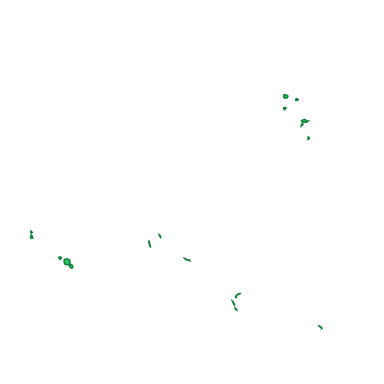 an SVG outline of French Polynesia, rotated 10°
{"feature_id": "PYF", "entity_name": "French Polynesia", "entity_type": "country or territory", "adm_level": 0, "iso_a3": "PYF", "parent_name": "Oceania", "parent_adm1": "", "projection": "robinson", "projection_center": [-142.778, -14.829], "detail": "medium", "context": "isolated", "style": "filled", "palette": "green", "viewbox_px": 384, "rotation_deg": 10, "n_neighbors": 0, "source": "natural_earth", "source_scale": "50m", "svg_char_len": 1921}
<svg xmlns="http://www.w3.org/2000/svg" viewBox="0 0 384 384"><g transform="rotate(10 192 192)"><path d="M84.2,284.0L87.1,285.0L87.6,286.8L87.0,287.9L85.5,287.6L84.8,287.0L83.8,284.9L81.0,285.4L79.1,285.0L78.0,282.3L77.9,281.1L78.4,280.3L80.4,279.5L83.0,280.1L84.0,281.7L84.2,284.0ZM290.3,100.9L293.3,102.1L294.2,101.9L293.3,103.1L290.3,103.8L289.3,104.3L288.1,104.0L287.4,102.6L290.3,100.9ZM269.2,82.9L267.2,83.4L266.3,83.4L265.6,81.5L265.8,80.3L266.1,80.0L269.5,80.4L269.8,81.3L269.7,82.1L269.2,82.9ZM42.3,265.4L41.5,265.4L40.8,265.0L40.9,262.7L41.1,262.2L42.3,263.0L43.2,265.1L42.3,265.4ZM74.3,280.7L73.7,281.3L72.9,280.8L72.5,280.3L72.4,279.6L72.5,278.9L74.4,279.0L74.9,279.3L74.3,280.7ZM279.6,83.6L278.3,83.8L278.1,82.6L278.5,82.0L279.0,81.8L280.0,82.1L280.6,82.6L280.5,83.0L279.6,83.6ZM269.1,94.7L268.7,95.1L267.9,93.8L267.7,93.2L269.2,92.5L270.0,92.9L269.1,94.7ZM158.0,247.1L160.6,253.2L160.2,253.2L159.5,252.0L158.7,249.9L158.1,249.1L158.0,247.1ZM253.9,287.8L254.0,288.2L253.1,288.0L253.1,287.2L254.0,285.4L254.9,284.6L256.4,283.8L257.1,283.5L257.3,283.7L254.6,285.4L253.8,286.6L253.5,287.4L253.5,287.6L253.9,287.8ZM297.7,119.7L297.0,120.1L296.9,117.6L297.9,118.1L298.3,118.5L298.1,119.1L297.7,119.7ZM253.5,295.4L253.6,296.0L252.9,295.6L252.2,294.5L250.9,293.0L250.6,292.4L251.6,293.0L253.5,295.4ZM41.1,260.3L40.8,260.5L40.4,260.1L40.2,259.4L40.3,258.4L41.7,259.5L41.1,260.3ZM289.6,106.3L288.1,108.1L288.1,106.2L288.6,105.9L289.1,105.9L289.6,106.3ZM343.8,303.5L343.4,304.0L343.4,303.6L341.0,302.3L340.4,302.2L340.1,301.9L340.5,301.7L341.2,301.9L343.1,303.0L343.8,303.5ZM169.2,242.0L169.1,243.0L168.7,242.0L167.0,239.7L167.6,239.8L169.2,242.0ZM256.4,299.8L256.6,300.6L254.6,299.4L254.4,298.7L256.4,299.8ZM201.4,259.5L202.5,260.6L201.1,259.8L199.2,259.5L199.9,259.3L201.4,259.5ZM198.8,259.8L198.0,259.9L196.1,258.6L196.8,258.6L198.0,259.4L198.8,259.8Z" fill="#22c55e" stroke="#15803d" stroke-width="1.5"/></g></svg>